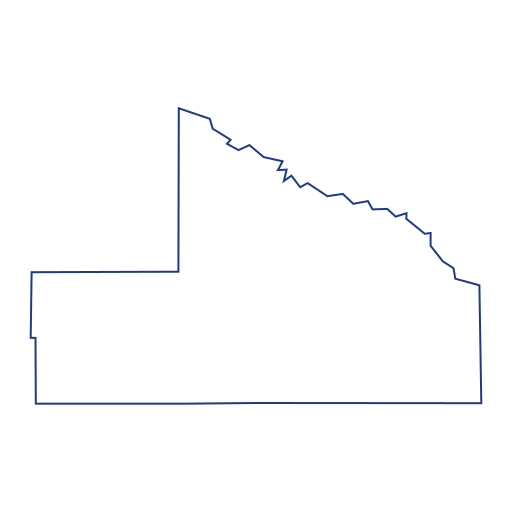 Brown, Minnesota, United States of America (Robinson projection)
{"feature_id": "52423323B40765245365821", "entity_name": "Brown", "entity_type": "district", "adm_level": 2, "iso_a3": "USA", "parent_name": "United States of America", "parent_adm1": "Minnesota", "projection": "robinson", "projection_center": [-94.665, 44.303], "detail": "fine", "context": "isolated", "style": "outline", "palette": "blue", "viewbox_px": 512, "rotation_deg": 0, "n_neighbors": 0, "source": "geoboundaries", "source_scale": "gbopen_adm2", "svg_char_len": 603}
<svg xmlns="http://www.w3.org/2000/svg" viewBox="0 0 512 512"><path d="M481.3,403.2L479.4,285.3L455.3,278.7L453.5,268.2L442.9,261.4L430.6,245.8L430.6,233.0L424.8,233.8L406.3,218.8L406.5,213.2L395.6,216.6L387.3,208.9L372.6,209.4L367.9,201.1L353.3,203.8L342.8,193.9L327.4,196.2L307.6,183.1L300.2,187.2L291.4,175.7L283.9,181.0L286.6,169.6L277.9,170.1L282.6,161.3L263.7,157.1L249.4,145.1L238.5,150.1L227.0,143.8L230.6,139.8L212.7,128.7L209.8,118.8L178.8,108.3L178.4,271.7L31.6,272.2L30.7,337.8L35.5,337.9L35.8,403.7L182.2,403.7L256.2,403.0L481.3,403.2Z" fill="none" stroke="#1e3a8a" stroke-width="2"/></svg>